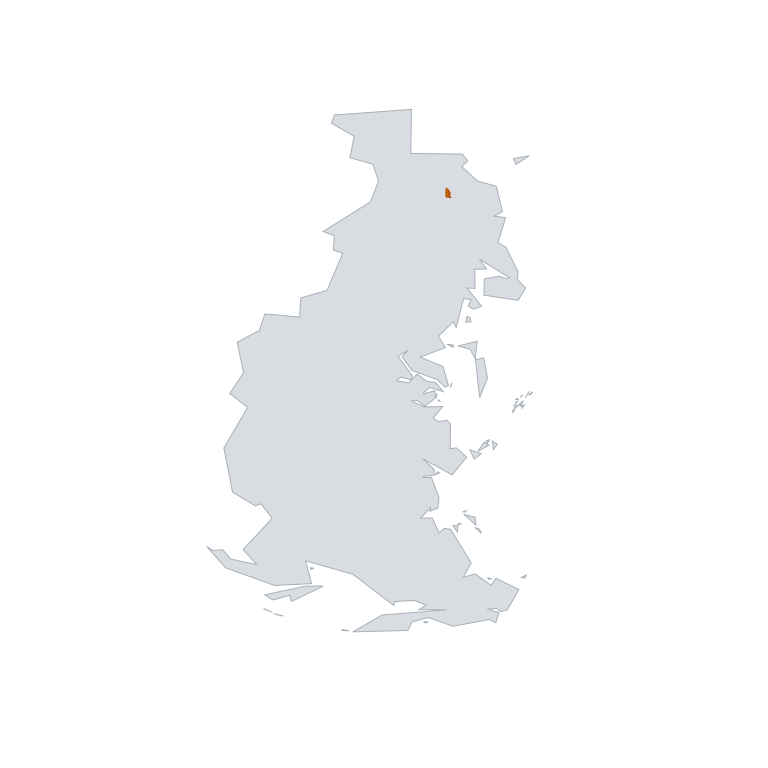 where Moskva sits in Russia, rotated 154°
{"feature_id": "RUS-2365", "entity_name": "Moskva", "entity_type": "Federal City", "adm_level": 1, "iso_a3": "RUS", "parent_name": "Russia", "parent_adm1": "", "projection": "orthographic", "projection_center": [37.264, 55.525], "detail": "fine", "context": "in_parent", "style": "filled", "palette": "amber", "viewbox_px": 768, "rotation_deg": 154, "n_neighbors": 0, "source": "natural_earth", "source_scale": "10m", "svg_char_len": 4627}
<svg xmlns="http://www.w3.org/2000/svg" viewBox="0 0 768 768"><g transform="rotate(154 384 384)"><path d="M606.9,288.2L614.6,315.7L610.4,309.1L601.5,305.7L598.6,293.9L577.5,277.4L583.2,296.9L543.4,312.3L547.0,330.3L553.0,330.8L567.5,353.3L555.9,396.8L516.7,422.8L526.8,443.0L505.2,455.7L497.7,485.9L472.7,486.7L460.3,499.2L430.6,481.2L420.9,497.8L394.1,493.1L363.8,519.5L370.8,526.4L363.7,539.0L371.7,547.7L316.2,553.7L299.9,568.8L297.7,586.4L315.5,602.4L302.1,619.7L316.8,641.2L310.7,647.5L238.9,618.8L258.9,579.5L212.9,556.4L210.9,548.1L218.8,545.2L211.0,525.5L196.4,512.4L202.0,487.0L211.4,486.5L201.8,480.2L219.7,461.1L214.4,453.4L214.4,425.7L218.4,419.4L214.7,408.2L226.8,400.4L255.2,420.0L247.8,434.5L233.0,430.2L227.9,425.3L224.4,424.4L243.5,454.2L241.4,442.4L252.2,447.4L260.2,430.0L267.3,433.9L262.3,411.2L270.7,411.9L274.1,417.0L268.7,421.5L274.8,426.1L294.5,403.0L294.5,409.5L314.2,403.1L312.8,389.8L339.8,392.4L323.4,373.9L326.6,354.5L330.5,354.5L334.3,364.7L352.9,383.9L355.8,400.5L347.9,403.7L359.3,402.8L355.0,378.7L357.7,375.6L365.8,382.9L371.2,381.1L361.0,374.2L349.9,378.4L344.4,367.6L337.2,363.1L334.0,351.1L344.1,360.7L351.6,359.1L353.0,357.8L341.3,355.7L343.8,348.9L356.9,346.2L361.6,355.0L366.6,356.7L357.9,345.7L341.2,338.1L354.7,331.8L351.5,326.2L343.4,323.9L341.8,319.0L352.9,296.8L347.0,294.9L341.8,282.0L362.7,272.5L381.8,299.8L376.3,285.1L378.9,280.1L387.9,283.3L389.4,283.4L389.8,282.8L382.3,279.0L384.5,257.4L390.0,248.8L398.6,249.7L395.9,252.8L409.6,247.4L399.4,242.3L399.8,226.0L393.4,227.8L387.8,224.3L384.1,184.9L397.3,175.7L385.1,173.1L376.1,156.2L368.5,160.1L352.9,140.2L372.2,126.9L378.9,128.3L381.2,132.9L389.8,136.6L380.9,128.2L388.2,120.5L392.6,126.2L428.1,136.0L446.4,154.6L463.2,158.0L470.5,152.0L520.7,174.9L486.9,177.2L426.9,153.6L451.5,165.9L443.0,166.8L451.5,176.1L469.7,183.8L472.3,180.7L495.3,226.5L531.9,259.4L536.7,236.4L570.8,251.0L606.9,288.2ZM304.0,329.8L291.1,365.7L283.0,363.8L288.4,344.0L304.0,329.8ZM527.2,229.0L562.4,229.1L561.5,235.5L578.5,238.6L583.7,246.8L543.2,236.8L527.2,229.0ZM281.6,381.5L290.9,366.7L291.4,377.7L301.0,385.8L281.6,381.5ZM369.4,231.9L360.5,224.1L363.2,217.0L369.4,231.9ZM316.5,283.0L329.0,282.4L319.2,288.0L316.5,283.0ZM308.4,280.2L314.2,277.3L311.7,285.3L308.4,280.2ZM327.2,278.8L335.8,276.9L335.6,287.2L327.2,278.8ZM365.3,215.3L361.8,211.6L361.8,207.1L365.3,215.3ZM153.4,525.3L169.1,523.6L168.8,529.9L153.4,525.3ZM259.9,311.7L263.2,309.6L256.7,313.9L259.9,311.7ZM379.6,223.9L383.1,218.9L384.0,226.6L379.6,223.9ZM283.3,403.8L279.9,408.3L277.4,406.1L278.7,401.8L283.3,403.8ZM266.2,307.9L268.9,305.6L271.1,306.7L266.2,307.9ZM276.8,304.4L276.8,308.0L273.9,307.7L273.6,305.5L276.8,304.4ZM280.1,303.8L277.3,304.3L280.5,302.0L280.1,303.8ZM305.7,386.7L310.0,392.1L304.7,388.8L305.7,386.7ZM316.9,285.2L317.0,288.0L313.9,287.7L316.9,285.2ZM266.7,303.6L270.3,301.7L269.7,304.2L266.7,303.6ZM342.7,147.7L345.1,150.0L340.0,149.8L342.7,147.7ZM256.3,310.3L259.1,310.9L253.8,311.8L256.3,310.3ZM325.6,352.5L322.4,355.2L325.4,352.1L325.6,352.5ZM373.1,279.9L377.3,280.0L374.4,281.6L373.1,279.9ZM372.2,161.3L375.6,162.8L375.6,164.3L372.2,161.3ZM273.5,310.0L271.1,309.5L274.6,309.4L273.5,310.0ZM270.6,304.1L272.6,305.9L269.8,305.2L270.6,304.1ZM575.9,219.5L578.9,221.5L583.9,226.2L575.9,219.5ZM270.1,310.8L272.3,312.5L270.4,312.8L270.1,310.8ZM343.1,348.5L341.7,351.6L340.9,351.7L343.1,348.5ZM451.0,150.6L452.6,153.3L449.1,151.1L451.0,150.6ZM376.4,224.3L379.5,225.3L377.5,225.9L376.4,224.3ZM527.5,249.0L531.1,249.4L530.7,251.1L527.5,249.0ZM523.6,177.6L529.9,180.8L529.1,181.5L523.6,177.6ZM267.2,312.2L265.7,313.3L264.9,312.8L267.2,312.2ZM341.2,343.2L342.6,345.9L341.6,345.6L341.2,343.2ZM367.3,233.3L369.4,234.6L365.4,234.1L367.3,233.3ZM590.0,234.4L584.4,227.8L590.8,234.7L590.0,234.4Z" fill="#d9dde1" stroke="#a8b0b8" stroke-width="1"/><path d="M242.0,532.1L241.9,531.6L241.9,531.4L241.9,531.1L241.7,531.0L241.6,530.8L241.4,530.5L241.2,530.4L241.2,530.2L241.0,529.9L241.5,529.3L241.0,528.2L241.0,527.4L241.6,527.4L241.6,528.0L242.3,528.0L242.5,526.6L243.5,526.1L243.2,525.4L243.2,525.1L243.4,524.7L243.4,524.4L243.6,524.2L243.3,523.8L243.5,523.7L243.7,524.2L244.0,524.1L244.5,524.0L245.1,524.2L245.4,524.5L245.6,524.8L245.7,525.2L245.9,525.4L245.8,525.6L245.6,525.6L245.5,526.2L245.2,526.6L244.9,526.8L244.6,527.8L244.3,528.8L243.8,528.6L243.5,529.1L243.8,529.5L243.6,530.3L243.2,530.9L242.9,530.7L242.5,531.2L242.5,531.8L242.0,532.1ZM241.9,525.4L242.3,525.5L242.2,525.8L241.7,526.0L241.4,526.0L241.4,525.8L241.5,525.5L241.9,525.4ZM242.5,522.6L242.9,522.9L243.0,523.1L242.7,523.5L242.3,523.2L242.5,522.6Z" fill="#f59e0b" stroke="#b45309" stroke-width="1.5"/></g></svg>